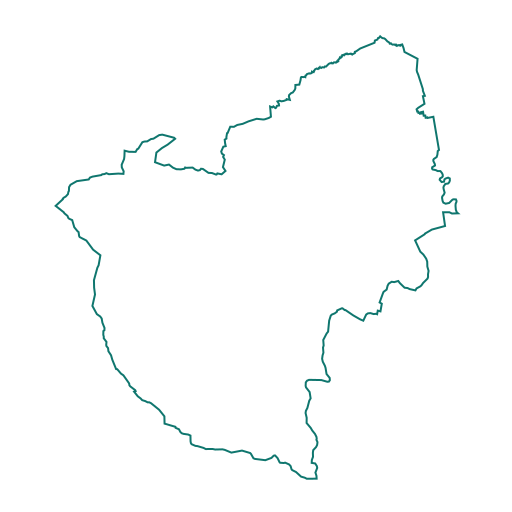 Ditrau, Harghita, Romania, rotated 181°
{"feature_id": "2599482B10116484891151", "entity_name": "Ditrau", "entity_type": "district", "adm_level": 2, "iso_a3": "ROU", "parent_name": "Romania", "parent_adm1": "Harghita", "projection": "orthographic", "projection_center": [25.527, 46.847], "detail": "fine", "context": "isolated", "style": "outline", "palette": "teal", "viewbox_px": 512, "rotation_deg": 181, "n_neighbors": 0, "source": "geoboundaries", "source_scale": "gbopen_adm2", "svg_char_len": 5998}
<svg xmlns="http://www.w3.org/2000/svg" viewBox="0 0 512 512"><g transform="rotate(181 256 256)"><path d="M404.5,335.2L407.1,336.2L408.8,335.3L411.2,335.0L412.1,334.2L420.9,332.5L423.4,331.5L424.6,329.6L436.5,327.7L442.7,324.0L444.1,321.6L444.2,317.8L444.7,316.9L445.1,314.6L447.2,312.2L449.4,310.8L450.2,309.9L450.1,309.4L457.2,302.6L448.9,296.3L448.4,295.4L445.2,292.8L444.3,290.7L443.3,289.9L440.4,288.7L438.2,281.6L435.1,277.9L433.8,276.8L433.2,272.9L432.6,271.8L425.9,268.5L419.0,259.5L411.6,254.0L413.2,244.0L414.4,241.5L417.6,229.0L417.3,221.5L416.3,214.7L418.7,203.2L414.1,195.1L410.7,192.8L409.2,190.8L408.4,186.6L406.2,181.4L406.3,179.1L407.3,178.3L407.3,177.3L407.3,174.5L406.8,172.7L406.8,171.1L404.0,167.5L404.2,164.5L404.0,163.4L402.3,161.3L401.9,158.2L399.2,154.2L397.9,149.9L393.9,140.5L392.8,140.4L388.9,136.0L386.5,134.4L381.5,127.6L380.6,126.3L380.3,124.5L379.5,123.5L374.4,119.7L374.0,118.8L375.5,118.2L371.8,113.7L368.8,111.5L367.3,109.9L364.2,109.0L361.8,107.8L360.1,107.8L358.4,107.0L350.2,100.6L344.8,94.1L344.5,86.8L333.6,83.8L333.4,82.8L330.0,81.4L328.6,78.8L327.2,77.5L325.4,76.9L320.6,76.3L318.4,75.3L318.2,69.6L317.8,67.7L317.1,66.7L313.3,65.1L311.2,64.9L305.1,63.2L302.9,62.1L296.1,62.3L293.5,61.8L286.1,62.1L283.8,61.6L277.2,59.0L266.6,61.2L258.4,58.9L257.6,58.1L255.0,53.7L253.5,53.1L243.1,52.0L237.0,54.4L235.1,56.4L234.3,56.9L233.4,56.9L230.9,54.3L228.9,50.3L228.3,49.7L224.5,49.5L223.3,49.9L219.3,48.2L217.7,46.5L216.8,43.5L216.1,42.6L212.2,40.7L207.1,36.2L203.4,35.2L201.4,34.2L191.5,34.4L191.7,37.2L192.8,40.5L191.1,45.2L191.5,47.0L193.2,49.6L196.7,50.1L196.6,53.0L195.5,56.2L195.7,60.2L195.4,62.9L192.6,66.0L191.6,68.1L191.3,70.5L191.4,71.3L192.4,73.3L192.1,74.2L192.4,76.2L193.9,79.1L196.8,82.6L198.3,85.1L202.5,89.9L202.5,95.1L203.7,99.9L203.4,102.1L202.0,104.9L200.2,112.3L198.9,114.6L200.0,120.9L203.7,125.5L204.1,127.0L204.0,130.5L202.8,132.2L200.8,133.1L188.5,133.1L182.5,131.5L180.9,131.7L180.0,133.1L180.2,135.4L183.4,139.2L184.5,145.3L185.2,147.4L187.4,151.5L188.1,154.4L187.7,157.8L186.9,160.5L187.4,165.6L186.8,167.7L187.3,173.2L184.0,179.8L182.6,181.6L181.7,192.7L180.2,197.7L179.1,198.8L176.3,200.0L174.1,201.7L173.9,203.0L169.3,205.2L168.6,205.2L166.4,203.5L165.6,203.5L157.7,198.3L150.8,194.5L147.6,193.2L144.8,199.4L143.1,200.6L140.6,200.9L137.4,200.0L134.9,200.3L133.9,199.9L133.3,203.5L130.6,202.8L129.4,210.5L131.6,211.7L128.4,221.0L127.8,222.4L124.8,224.7L123.9,228.6L122.8,230.7L119.9,232.6L117.4,232.3L113.3,233.5L111.8,231.5L106.9,226.9L103.9,226.6L101.8,225.6L96.0,224.4L94.9,226.4L91.2,228.5L90.1,229.5L88.4,232.0L84.1,236.4L83.6,238.0L83.7,240.7L83.2,244.1L84.5,248.4L84.7,253.3L85.8,256.3L88.7,260.4L91.8,263.2L97.2,274.4L87.7,280.7L87.5,281.3L80.6,285.5L67.5,289.3L69.7,303.0L63.4,303.1L60.8,301.9L54.8,302.2L56.0,303.2L57.0,305.7L57.4,309.6L57.3,311.7L56.5,313.7L56.5,314.7L57.1,316.1L59.8,316.1L60.7,315.6L63.8,312.4L67.3,311.6L69.6,312.6L70.4,314.3L71.0,317.4L70.8,318.8L69.2,320.8L68.5,322.6L69.5,326.0L69.8,327.6L69.5,329.0L67.9,331.4L65.3,331.8L64.2,332.9L63.5,334.7L63.6,336.9L65.3,337.7L67.9,336.7L68.9,335.9L69.3,333.6L71.7,333.2L73.7,335.4L73.4,336.7L71.2,338.1L70.6,339.1L70.8,340.8L71.6,342.3L73.1,344.1L75.9,344.1L77.7,345.0L80.9,345.6L81.5,346.4L81.4,347.8L78.6,349.6L78.8,351.0L80.3,354.0L80.4,355.2L79.9,356.1L77.1,358.1L76.4,360.5L76.1,364.1L74.9,365.2L81.1,398.3L87.0,397.0L87.2,397.6L88.8,397.2L89.2,399.4L90.8,399.2L91.5,403.2L93.4,402.7L93.1,401.3L94.6,401.1L94.9,402.2L96.1,401.9L96.4,403.3L97.3,403.2L98.0,405.5L96.4,407.0L90.2,411.1L91.9,418.7L90.0,419.1L92.0,424.1L92.1,425.8L97.0,440.2L98.2,442.9L98.6,444.7L97.9,456.0L111.1,462.6L112.1,466.5L113.5,470.1L115.5,469.5L115.6,469.3L115.1,469.3L115.1,468.9L115.5,468.7L116.8,469.4L118.2,468.8L119.3,469.6L119.4,468.8L121.5,469.9L123.1,469.7L124.7,470.5L124.9,471.0L126.0,470.7L126.2,471.3L127.2,472.3L128.2,472.7L130.5,475.1L131.7,475.9L132.8,475.9L134.2,476.5L135.7,477.8L137.0,476.1L137.7,476.1L138.4,474.5L140.9,473.5L141.2,471.3L155.4,465.3L159.4,462.4L160.7,461.9L160.7,460.6L163.0,459.4L163.8,459.7L163.8,459.3L165.2,459.9L167.6,459.3L168.5,460.0L169.0,459.5L169.6,459.8L170.8,458.8L171.2,459.1L171.5,458.9L171.6,458.2L173.2,458.4L173.6,456.9L174.1,457.0L174.4,455.9L175.2,455.6L175.6,455.9L175.9,455.1L175.6,455.1L177.2,453.6L177.1,452.1L177.9,451.7L178.3,452.0L178.6,451.2L179.4,450.8L180.1,451.7L179.9,450.9L181.4,451.0L182.5,449.9L183.7,450.4L183.8,450.0L185.1,450.1L186.6,449.4L189.3,446.6L190.5,446.7L191.2,445.7L193.0,445.9L194.0,445.2L194.5,445.5L195.3,445.3L195.5,445.8L196.3,444.7L196.6,445.0L197.4,444.0L198.7,444.5L200.4,443.5L201.4,441.2L201.8,441.5L202.1,440.9L202.5,441.0L203.2,440.3L203.4,440.6L203.5,440.1L204.3,439.6L205.4,439.3L206.0,439.6L208.3,438.7L208.9,437.6L209.6,437.3L209.8,435.7L210.5,436.0L211.4,435.7L213.7,435.8L214.2,435.3L214.6,432.3L215.7,428.1L219.6,427.7L219.6,424.2L220.2,422.7L222.1,420.1L223.7,419.5L225.7,417.5L225.9,416.0L224.9,412.7L227.8,413.3L227.7,412.8L231.1,411.5L233.3,411.1L235.1,411.7L237.3,410.9L235.8,408.6L235.6,406.9L237.7,406.5L238.5,404.6L239.2,404.2L241.3,405.9L242.3,404.9L244.5,405.7L243.5,395.5L245.7,394.2L249.7,392.8L251.2,392.6L257.7,393.2L265.8,390.5L271.6,387.9L277.0,386.7L280.3,384.8L284.0,384.8L286.5,378.5L287.1,378.3L287.7,374.3L287.6,372.9L289.3,371.8L288.9,368.4L288.2,365.3L290.6,364.7L292.6,359.9L291.9,357.8L289.8,356.3L290.6,354.5L288.9,351.8L290.6,344.3L288.0,340.5L291.8,337.1L296.1,337.9L296.7,336.9L297.3,336.7L301.5,338.2L305.0,338.3L310.6,342.1L312.5,342.3L313.6,340.9L315.5,340.4L318.1,341.3L320.9,343.3L328.0,342.9L328.4,343.2L329.1,342.0L332.6,341.3L337.1,341.4L340.6,342.9L344.6,345.9L349.4,344.8L358.6,348.0L357.4,357.7L351.9,362.3L346.3,365.8L338.9,371.8L339.9,372.8L351.8,375.7L354.9,375.2L360.6,371.5L363.0,371.1L366.8,368.7L369.6,368.5L371.6,367.8L375.6,361.2L376.6,360.8L378.2,358.0L384.9,358.0L389.2,359.0L389.3,353.5L389.6,350.6L391.9,344.9L391.7,342.2L389.8,338.4L390.0,335.8L395.1,336.0L404.5,335.2Z" fill="none" stroke="#0f766e" stroke-width="2"/></g></svg>